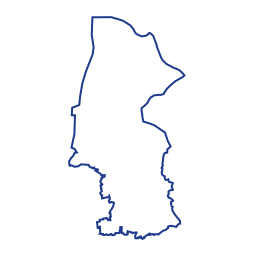 outline of As-Salamiyeh, Hamah, Syria, rotated 273°
{"feature_id": "27442178B43082534172912", "entity_name": "As-Salamiyeh", "entity_type": "district", "adm_level": 2, "iso_a3": "SYR", "parent_name": "Syria", "parent_adm1": "Hamah", "projection": "equal_earth", "projection_center": [37.215, 35.173], "detail": "fine", "context": "isolated", "style": "outline", "palette": "blue", "viewbox_px": 256, "rotation_deg": 273, "n_neighbors": 0, "source": "geoboundaries", "source_scale": "gbopen_adm2", "svg_char_len": 5511}
<svg xmlns="http://www.w3.org/2000/svg" viewBox="0 0 256 256"><g transform="rotate(273 128 128)"><path d="M170.3,80.1L157.8,78.6L148.4,78.1L145.3,71.2L137.8,71.2L137.9,74.4L119.3,74.8L105.4,72.6L104.4,75.6L100.9,78.2L100.7,76.8L100.0,75.8L99.7,75.6L99.3,75.5L97.7,75.0L94.4,72.3L94.1,72.3L93.7,72.1L91.6,70.9L87.4,71.6L87.3,72.1L88.0,72.2L87.4,74.6L86.7,76.3L86.5,76.6L87.2,80.3L88.6,82.2L89.2,82.8L89.2,86.3L89.1,90.2L89.2,90.6L87.3,91.6L86.5,94.3L86.3,94.2L86.1,95.0L86.0,95.4L86.0,96.0L86.4,96.3L85.7,96.5L84.9,100.2L84.6,100.2L83.5,98.0L80.9,102.9L79.5,103.8L79.7,107.3L78.8,107.4L78.4,107.2L77.5,106.1L77.5,105.0L77.4,104.5L77.1,104.1L76.7,104.0L75.6,104.5L74.1,103.3L73.7,103.4L73.2,103.4L72.8,103.3L72.1,103.4L72.0,103.5L71.3,104.3L70.8,104.4L70.9,104.9L70.6,105.2L70.3,105.3L69.7,104.9L69.7,104.7L69.2,104.2L69.1,103.9L69.1,103.7L68.1,103.8L67.9,103.8L67.3,104.1L66.2,104.3L65.9,104.3L66.0,104.6L65.6,104.6L65.4,104.7L64.2,104.8L63.6,105.2L62.5,104.3L61.3,103.7L59.6,104.8L59.7,105.1L59.6,105.4L59.4,105.6L59.2,105.8L58.7,105.5L56.3,105.8L56.4,106.3L57.2,108.7L57.2,109.0L57.6,110.3L57.7,111.1L57.8,111.6L58.5,112.4L59.2,112.8L57.5,113.4L56.0,113.6L55.8,113.4L55.2,113.0L54.9,112.9L53.9,112.7L53.7,112.9L53.4,113.2L52.7,113.4L52.4,113.7L52.5,114.2L52.8,114.3L53.0,114.5L53.2,114.9L53.3,115.2L53.1,116.5L52.8,117.3L52.6,117.9L52.4,118.0L51.6,117.7L50.8,117.5L50.2,117.5L49.8,117.6L47.4,116.5L46.9,116.4L46.6,116.2L46.2,115.9L44.4,114.8L44.0,114.4L43.4,114.3L42.9,114.2L42.7,114.0L41.9,114.0L41.5,114.2L41.6,115.0L41.1,115.0L38.7,115.4L38.6,114.9L38.5,114.7L38.2,114.7L35.1,115.2L35.2,114.9L34.9,113.4L35.5,113.3L35.5,113.1L35.6,112.8L35.5,112.6L36.0,112.4L36.4,112.4L36.4,111.3L37.0,111.2L36.8,110.7L36.1,107.8L35.4,107.9L34.9,104.6L33.6,104.8L33.2,104.7L32.8,104.2L32.6,102.1L32.2,101.9L30.0,102.4L26.5,103.0L26.6,103.7L27.6,103.7L27.7,104.6L27.7,104.8L27.8,105.0L27.9,105.3L25.1,105.4L21.2,105.8L21.0,105.6L21.0,105.9L20.9,105.9L20.9,106.8L20.6,107.3L20.8,107.7L20.9,108.6L20.4,108.7L20.1,108.5L20.0,108.9L20.0,109.1L19.9,109.4L20.1,111.2L20.8,111.9L20.2,113.1L20.1,113.4L20.2,113.8L20.2,114.5L20.5,116.3L21.3,116.3L21.3,116.6L21.2,116.9L20.7,117.9L20.2,118.3L20.1,118.7L20.3,119.0L20.7,120.3L20.8,120.5L22.0,120.7L22.5,121.0L22.5,122.4L22.6,123.1L22.6,124.4L22.6,125.1L22.9,125.3L24.4,125.1L25.0,125.0L25.3,125.0L25.4,125.8L25.9,125.5L26.2,125.5L27.4,125.5L27.8,125.6L28.2,125.4L28.6,125.4L28.7,126.0L28.8,126.4L28.8,126.9L24.8,127.1L24.2,127.1L23.9,127.1L22.5,127.6L22.5,127.9L22.7,128.5L22.7,128.8L22.0,129.5L21.7,129.6L21.2,130.2L21.3,131.3L21.5,132.4L21.5,132.7L21.6,133.0L21.9,133.2L22.3,133.4L23.0,133.1L23.3,132.9L23.4,133.0L24.0,132.9L24.8,133.0L24.6,133.4L24.6,133.8L24.4,134.4L24.4,135.4L24.3,135.6L24.1,135.9L24.0,136.7L24.1,137.1L23.9,137.6L23.4,137.6L23.2,137.9L23.2,138.0L23.3,138.1L23.3,138.3L23.4,138.5L23.5,138.4L23.6,138.7L23.6,139.3L23.8,139.8L24.1,141.4L24.1,142.1L23.8,142.1L22.5,141.5L20.6,140.8L18.6,141.0L18.3,141.4L18.4,142.1L18.2,142.1L18.6,144.2L19.4,144.0L19.8,145.2L20.0,145.3L20.3,145.6L20.5,146.5L20.3,146.8L20.1,146.9L19.1,146.8L19.0,147.0L18.7,147.0L18.7,147.7L18.7,148.1L18.4,148.2L18.2,148.3L18.4,148.5L18.4,148.8L18.6,148.9L18.7,149.0L18.9,149.2L18.9,149.5L18.8,149.8L19.2,150.1L19.7,150.3L20.1,150.1L20.2,150.3L20.3,150.3L20.5,150.7L21.2,151.7L21.7,152.0L22.4,153.5L22.7,153.7L22.7,154.1L23.1,154.4L22.3,154.6L22.3,155.0L22.5,155.5L22.8,155.5L22.8,155.8L22.8,156.1L23.3,156.2L23.1,156.8L23.2,157.5L23.3,158.0L23.4,158.7L23.0,158.9L22.7,159.0L22.7,159.3L22.6,159.5L22.6,160.0L23.0,160.5L23.3,160.6L23.4,161.3L23.5,161.7L23.5,162.1L23.4,162.5L23.4,163.5L23.3,164.0L23.9,164.3L24.1,165.0L24.7,165.5L24.9,165.5L25.3,166.0L25.6,166.4L27.6,169.1L28.1,170.8L30.1,173.2L30.8,173.1L31.8,173.3L31.9,173.6L32.6,176.1L31.8,181.4L34.1,182.9L35.1,184.4L35.3,185.1L38.0,184.7L40.1,182.8L44.1,179.3L47.3,177.1L48.6,176.5L50.1,176.3L51.5,176.7L51.8,175.9L54.1,175.0L54.5,174.8L55.5,174.9L56.6,174.9L57.2,176.4L57.9,176.8L60.0,174.4L60.4,172.6L60.6,172.2L61.1,172.3L61.3,172.1L61.6,171.8L61.9,171.4L62.6,171.3L64.9,172.3L66.0,171.7L66.4,171.7L66.9,172.0L67.2,172.5L67.7,172.8L68.0,173.4L68.5,175.8L68.7,176.1L71.6,174.6L73.2,174.9L73.6,175.2L75.4,175.7L75.9,174.3L76.0,173.3L76.5,171.6L78.9,170.9L78.4,170.1L78.2,169.2L78.1,168.7L78.3,168.3L78.5,168.2L79.2,167.5L79.9,167.3L81.6,167.3L81.6,167.0L81.7,166.8L82.9,164.9L83.4,164.5L85.1,164.0L85.6,163.9L85.8,164.2L89.5,164.5L89.7,163.7L89.8,163.6L90.2,163.9L90.6,164.0L92.2,164.6L92.4,164.8L92.9,164.7L94.0,164.2L94.6,164.2L96.1,164.5L96.4,164.7L97.3,164.5L101.0,164.8L101.4,164.9L101.7,164.8L102.1,165.0L104.2,165.5L104.6,165.8L104.9,166.2L105.2,166.6L105.0,167.0L105.5,168.4L106.4,168.5L108.2,168.3L108.7,168.4L111.8,171.5L117.4,168.3L125.4,165.2L132.0,154.3L133.9,148.6L135.2,143.0L140.7,141.6L141.3,141.5L142.8,141.5L143.4,141.2L145.7,140.7L148.4,140.5L149.2,141.2L150.4,142.7L152.8,145.0L155.0,146.7L157.0,147.3L159.5,148.8L161.7,152.0L162.0,152.6L162.6,156.1L162.8,159.1L163.9,162.0L164.5,162.0L169.1,164.7L172.1,167.5L175.1,170.5L177.2,172.8L181.9,180.1L183.4,181.6L184.8,180.5L188.0,176.9L189.3,174.2L190.2,171.2L194.1,162.8L197.8,158.8L200.2,157.3L210.2,152.8L213.0,152.0L219.6,149.1L221.2,148.4L221.7,147.9L222.1,147.4L222.9,146.6L223.9,145.1L224.0,144.1L222.7,143.3L221.1,141.1L220.2,137.0L221.3,134.0L222.5,131.2L224.3,129.8L226.8,128.3L228.1,127.3L230.7,124.8L234.6,117.8L235.6,114.8L237.8,105.6L236.7,86.7L219.2,86.9L206.6,89.5L199.6,88.8L181.8,82.9L170.3,80.1Z" fill="none" stroke="#1e3a8a" stroke-width="2"/></g></svg>